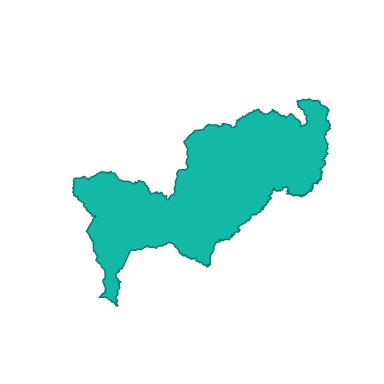 the district of Ourilândia do Norte, Pará, Brazil, rotated 204°
{"feature_id": "56859067B25768757829086", "entity_name": "Ourilândia do Norte", "entity_type": "district", "adm_level": 2, "iso_a3": "BRA", "parent_name": "Brazil", "parent_adm1": "Pará", "projection": "orthographic", "projection_center": [-51.403, -7.454], "detail": "fine", "context": "isolated", "style": "filled", "palette": "teal", "viewbox_px": 384, "rotation_deg": 204, "n_neighbors": 0, "source": "geoboundaries", "source_scale": "gbopen_adm2", "svg_char_len": 6034}
<svg xmlns="http://www.w3.org/2000/svg" viewBox="0 0 384 384"><g transform="rotate(204 192 192)"><path d="M233.6,58.2L228.9,60.6L227.2,60.8L222.9,60.1L220.6,58.9L218.6,59.5L215.2,57.4L213.7,57.3L213.5,57.7L215.8,59.7L215.9,62.8L217.9,63.0L218.7,63.8L218.0,68.8L219.1,69.9L219.9,71.8L219.0,74.9L221.7,79.2L220.4,80.7L221.6,81.1L223.2,80.4L223.3,81.8L227.1,83.6L228.3,86.3L226.2,89.8L226.8,90.0L226.8,91.4L224.6,94.0L224.4,113.5L221.8,115.3L220.0,115.5L218.2,117.7L215.5,118.5L210.5,124.8L209.8,124.1L207.0,124.7L204.7,126.0L202.0,126.0L201.9,127.2L200.9,128.5L199.6,129.8L197.2,130.6L196.2,131.9L196.2,132.9L194.3,133.8L193.3,136.0L190.5,137.1L186.3,136.8L185.7,135.6L184.3,134.7L181.6,134.5L180.9,133.4L177.9,131.0L176.3,131.8L176.0,130.7L174.0,130.1L172.8,130.7L172.2,131.8L170.2,130.5L169.6,131.1L168.5,130.3L167.1,131.1L166.5,130.4L165.2,130.4L164.9,131.2L163.7,131.2L162.9,132.5L161.7,132.9L159.9,130.6L157.5,131.3L156.2,130.6L155.1,131.6L151.5,130.1L150.5,131.0L150.3,130.5L149.4,130.6L147.9,129.6L146.4,131.5L147.7,132.3L147.5,132.7L145.9,133.1L146.8,136.2L148.4,138.2L148.3,139.7L149.5,141.8L148.5,145.3L148.8,148.8L149.9,150.8L149.4,155.9L146.8,157.4L146.8,158.4L146.0,158.8L147.2,159.7L147.1,160.1L143.7,160.3L143.1,161.8L141.2,162.5L140.4,163.4L138.6,163.4L138.3,166.1L136.9,167.8L136.9,168.3L138.2,168.4L138.4,168.9L138.1,169.4L136.2,170.0L136.4,172.1L135.4,173.6L133.4,174.2L132.6,176.4L133.4,177.4L134.3,177.1L135.3,177.5L134.9,180.6L131.1,185.3L130.9,186.3L130.2,186.7L130.0,188.5L128.1,189.3L128.2,191.4L127.6,191.8L128.2,193.6L127.7,195.9L124.1,197.3L124.3,197.9L123.6,199.3L121.1,202.4L121.7,204.0L121.0,205.2L121.4,206.6L120.2,205.9L120.1,205.1L119.8,205.3L120.3,208.2L118.9,210.4L119.3,213.2L118.4,213.4L118.4,213.8L119.1,215.7L117.7,216.5L117.1,218.5L117.8,219.2L120.2,219.5L118.4,222.5L118.5,224.7L119.1,225.8L118.6,228.6L117.0,227.1L114.4,227.5L113.0,228.7L111.7,228.9L111.2,230.2L110.3,230.7L110.8,232.8L109.8,233.0L108.3,235.2L105.2,234.1L105.5,231.4L103.5,231.7L103.4,230.5L104.9,229.4L104.3,228.9L102.6,230.0L101.9,229.6L100.9,230.7L98.0,229.6L96.3,230.9L96.4,231.5L95.0,231.3L94.4,232.4L93.4,232.5L92.9,232.0L91.8,232.0L91.3,232.3L91.5,233.1L89.6,232.4L89.5,233.6L88.9,233.8L89.2,234.7L88.5,235.1L87.9,234.7L86.5,236.7L87.1,237.3L85.4,239.5L85.1,241.6L83.5,241.1L83.0,241.7L83.7,244.1L83.1,244.6L84.2,245.2L83.6,245.8L84.7,246.4L84.0,247.1L85.5,248.4L83.5,249.6L83.4,250.2L82.8,250.1L82.2,251.8L81.5,250.5L80.7,250.6L80.6,252.3L81.3,253.6L79.8,254.3L80.5,255.7L79.1,256.3L80.0,257.4L80.3,260.3L81.8,261.5L80.8,263.0L81.6,263.8L84.3,264.9L82.5,267.9L82.6,269.7L81.2,271.5L83.2,274.6L84.6,274.8L85.7,274.2L86.0,274.6L84.5,277.3L84.8,278.2L84.2,279.2L84.7,279.8L83.4,282.4L85.5,283.1L86.2,285.5L85.4,286.8L86.9,288.5L87.2,291.1L87.9,291.7L89.3,291.6L90.7,293.8L93.5,295.9L93.5,298.3L92.8,299.0L94.1,301.0L92.8,303.9L92.0,304.4L92.2,305.7L91.7,306.3L93.2,306.5L92.7,307.5L92.8,309.3L95.5,311.3L96.3,312.7L97.2,312.2L99.3,312.8L100.1,315.7L99.8,316.9L100.4,318.0L99.9,318.7L100.6,320.9L99.9,322.0L102.8,324.0L107.0,324.4L109.4,323.9L111.1,324.8L111.7,326.6L114.5,326.7L118.3,324.6L122.8,324.6L124.9,322.5L128.4,321.7L129.6,319.7L132.8,318.3L132.8,317.3L131.1,316.3L130.9,314.6L129.5,313.9L129.3,312.8L128.4,313.5L125.6,312.0L123.3,312.5L121.0,308.9L119.9,308.4L118.2,308.6L117.9,306.0L117.2,304.7L115.6,303.6L115.3,301.0L116.1,298.9L117.4,298.4L118.8,296.5L119.4,296.4L121.7,300.1L124.6,301.1L127.3,301.3L131.1,303.3L133.6,303.8L134.6,302.2L134.5,300.6L136.0,299.3L136.6,297.9L138.6,299.2L139.5,299.1L141.2,297.5L141.7,298.1L144.8,298.6L146.4,299.8L147.9,298.6L148.8,298.8L149.2,299.9L150.7,299.5L151.5,300.1L152.1,299.8L151.4,298.3L151.8,297.9L153.4,296.4L154.5,294.2L156.4,293.1L159.1,292.5L160.9,293.5L162.4,292.7L163.6,294.2L165.0,294.6L166.3,293.4L166.9,291.9L168.9,291.6L168.9,289.8L172.1,287.1L175.2,281.2L175.5,281.0L176.4,281.7L176.9,279.3L178.1,278.9L178.1,277.0L179.9,276.3L179.5,272.6L178.6,270.3L180.9,267.3L181.9,267.2L183.8,268.8L191.0,267.4L192.0,266.7L190.9,265.4L191.1,264.9L192.1,264.6L193.3,262.7L194.4,262.5L194.7,263.1L197.2,263.2L201.6,260.9L204.4,260.5L205.8,258.2L207.4,253.2L214.4,249.4L215.6,245.4L217.5,242.1L218.5,237.7L219.9,234.6L212.9,229.0L213.2,227.9L211.5,223.9L210.4,223.5L209.5,222.3L209.9,219.8L209.2,216.0L206.3,213.8L205.8,211.8L206.6,210.1L212.3,207.2L213.4,205.7L213.3,202.3L212.8,201.5L211.5,201.0L211.4,195.0L209.6,191.1L209.8,188.5L208.7,186.5L207.3,185.2L207.8,182.3L209.6,180.8L210.1,179.3L210.7,174.8L211.9,174.8L212.7,175.6L213.6,178.1L215.9,176.9L217.2,177.4L219.2,179.1L220.2,179.1L220.7,178.0L222.7,176.5L223.4,176.6L223.3,177.6L224.3,177.7L226.5,175.2L229.0,173.7L231.5,175.8L232.9,176.0L233.4,177.0L233.0,177.6L234.7,178.0L235.3,179.1L238.0,179.5L238.4,180.9L240.6,181.6L242.9,180.7L244.2,181.1L245.6,180.7L245.5,178.9L246.5,177.6L247.6,178.2L247.9,177.9L248.2,176.0L249.1,175.3L252.8,176.1L256.4,175.2L258.4,173.9L261.7,174.0L262.7,173.4L264.3,173.8L270.3,177.8L272.6,176.8L274.0,177.6L275.5,177.0L276.2,174.9L277.2,175.3L279.1,174.8L279.0,174.3L282.5,174.0L282.5,172.9L284.1,172.7L284.3,171.6L286.2,169.7L287.0,167.7L290.7,163.9L291.1,161.5L292.1,162.0L294.7,161.5L296.0,162.4L297.7,161.9L298.5,160.2L300.5,158.6L302.1,158.2L304.9,156.5L304.9,154.1L303.1,152.1L303.4,150.6L301.9,149.5L302.6,147.4L300.6,145.3L300.9,143.4L299.4,142.6L298.5,140.9L295.7,140.5L294.6,141.4L293.0,138.9L286.1,137.8L285.7,135.8L284.9,135.1L282.1,134.2L281.0,132.8L279.8,132.1L278.3,132.4L276.9,131.0L275.0,131.7L274.7,130.5L273.9,129.7L272.6,129.4L270.8,130.7L269.9,130.5L271.5,127.1L271.0,124.4L271.8,120.8L272.1,114.9L272.7,113.4L268.3,111.0L266.5,108.8L263.7,107.4L263.4,106.8L261.8,106.4L261.5,105.0L259.7,102.1L259.6,100.8L258.8,100.4L257.8,98.0L256.1,97.8L253.8,95.7L252.7,95.6L252.0,93.5L252.0,90.6L247.5,88.9L246.0,89.1L244.0,86.6L241.7,86.0L239.3,84.4L237.4,80.6L236.7,80.4L236.9,76.2L237.4,76.2L237.1,74.1L231.8,69.1L231.5,67.3L230.3,65.7L230.2,65.1L231.1,64.9L231.5,63.2L232.5,62.5L232.3,62.0L233.6,58.2Z" fill="#14b8a6" stroke="#0f766e" stroke-width="1.5"/></g></svg>